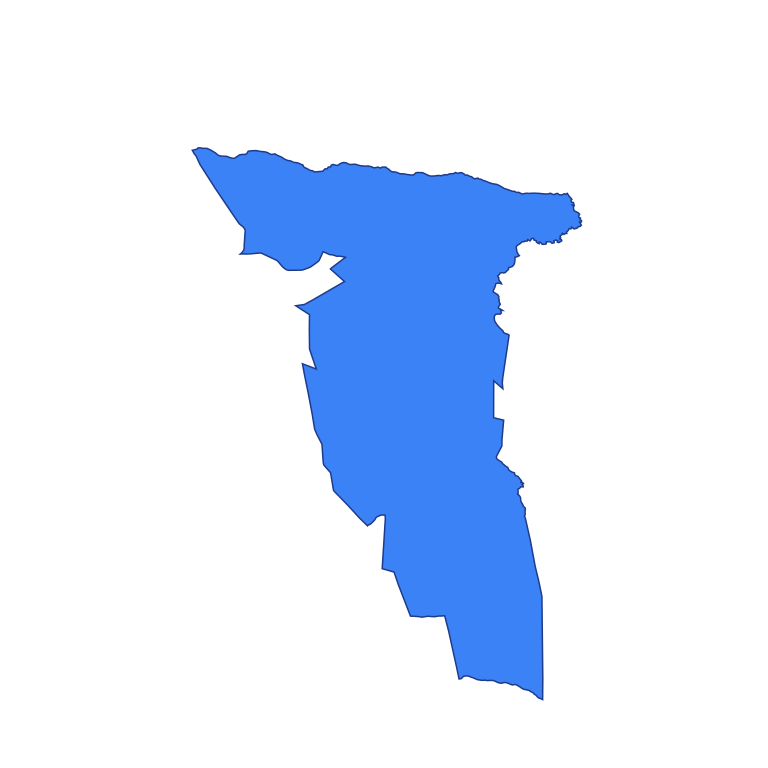 Kiminini, Rift Valley, Kenya (Equal Earth projection), rotated 292°
{"feature_id": "3690345B935775811379", "entity_name": "Kiminini", "entity_type": "district", "adm_level": 2, "iso_a3": "KEN", "parent_name": "Kenya", "parent_adm1": "Rift Valley", "projection": "equal_earth", "projection_center": [35.015, 0.934], "detail": "fine", "context": "isolated", "style": "filled", "palette": "blue", "viewbox_px": 768, "rotation_deg": 292, "n_neighbors": 0, "source": "geoboundaries", "source_scale": "gbopen_adm2", "svg_char_len": 6171}
<svg xmlns="http://www.w3.org/2000/svg" viewBox="0 0 768 768"><g transform="rotate(292 384 384)"><path d="M528.9,118.7L526.4,121.8L524.8,124.6L518.7,131.0L502.4,153.9L486.4,177.6L478.4,189.6L477.6,192.1L477.1,194.0L476.4,195.4L475.1,197.2L474.0,198.0L472.8,198.3L461.5,202.0L459.3,202.7L457.9,203.5L455.8,203.7L454.2,203.5L452.5,203.1L450.7,202.1L454.3,210.8L458.3,218.5L459.4,220.9L458.5,237.6L458.2,239.2L454.7,245.9L453.8,248.5L453.4,250.5L453.6,252.8L458.4,264.3L459.2,265.7L460.5,267.3L464.1,271.2L465.2,272.2L472.6,276.9L474.4,277.6L483.9,278.0L483.6,285.3L484.3,287.2L484.6,289.4L484.7,292.1L486.2,295.8L487.0,300.8L471.9,291.8L470.6,291.2L464.2,309.0L435.2,286.4L427.9,280.4L423.5,272.9L420.8,286.8L420.5,288.9L406.9,294.2L388.6,301.8L372.5,315.6L372.2,300.8L363.1,306.6L346.3,317.7L329.2,328.7L316.1,336.6L312.0,340.8L305.8,348.0L304.6,349.2L290.2,356.2L287.6,357.6L286.5,358.4L285.4,360.4L281.7,367.7L266.4,377.1L265.3,379.3L258.2,395.5L250.5,411.6L246.3,421.9L247.5,422.2L248.4,423.5L249.6,424.2L253.1,425.8L254.8,426.4L256.8,426.6L258.3,427.3L261.4,430.4L262.9,434.1L259.6,435.7L212.1,451.5L213.4,463.8L203.7,472.1L178.7,495.5L179.8,498.5L181.0,502.3L181.6,504.3L182.0,506.5L184.7,511.0L185.7,513.3L186.1,515.1L187.5,518.7L188.4,520.1L189.2,521.3L190.0,523.3L191.8,527.1L179.5,536.2L148.3,557.6L138.6,564.1L139.7,565.9L141.1,566.6L142.7,567.1L144.2,569.6L144.9,572.1L144.8,574.3L145.0,576.8L144.9,579.0L144.9,581.5L145.8,585.4L146.4,587.0L147.2,588.5L147.7,590.8L149.4,594.6L150.0,596.3L150.1,598.2L149.9,599.9L149.9,602.2L150.5,605.0L151.9,606.8L152.8,608.5L153.0,610.8L153.0,615.7L153.9,617.0L154.7,618.7L154.5,620.7L154.0,623.8L153.4,626.1L153.3,628.0L153.8,630.5L154.2,633.4L153.7,635.5L153.7,637.4L152.8,639.2L152.4,641.4L151.4,643.5L150.8,645.1L151.0,646.9L150.8,649.3L170.8,641.4L246.2,610.0L257.5,602.5L272.0,592.2L293.8,578.3L312.7,565.2L314.0,563.7L315.6,563.9L319.2,562.3L320.7,562.1L322.0,561.2L322.8,559.1L324.3,557.7L326.5,554.8L330.0,553.0L331.4,551.1L331.8,549.1L333.2,549.3L335.0,548.3L336.7,547.5L338.0,548.8L339.8,549.3L340.8,551.6L342.1,550.9L342.8,549.4L343.9,550.6L344.7,549.2L344.2,547.7L345.9,547.6L346.6,546.0L347.4,544.7L348.5,542.9L348.4,540.2L349.3,539.0L350.5,538.2L350.3,536.0L350.5,533.9L351.0,532.3L351.8,531.1L353.0,530.0L353.6,526.7L354.2,525.3L354.6,523.6L355.6,522.6L356.6,517.2L357.6,516.0L359.0,515.4L370.7,516.5L376.7,514.2L395.3,508.5L393.8,498.3L401.7,495.1L428.1,484.5L424.1,496.0L429.2,493.3L434.6,491.7L476.1,481.7L476.6,480.0L476.2,478.2L476.5,475.6L478.0,474.1L478.6,472.2L479.7,469.6L481.4,466.3L483.2,463.9L484.3,462.7L485.7,461.9L487.0,461.3L488.5,460.9L490.4,461.5L491.5,463.4L492.3,465.5L493.7,466.2L495.9,464.7L496.6,466.4L497.1,463.6L497.1,461.8L498.4,461.3L501.6,461.9L502.9,460.4L504.1,459.5L505.3,459.3L506.4,458.2L508.0,457.8L509.3,456.2L510.4,450.7L511.8,450.3L513.3,450.5L515.2,450.5L516.5,450.5L517.7,450.2L519.0,450.2L520.2,451.6L520.7,453.4L520.9,455.4L522.0,454.2L523.0,452.2L524.0,451.2L525.5,450.6L526.7,448.9L528.8,449.9L530.3,450.2L531.5,451.6L531.8,453.4L532.8,454.7L535.6,455.9L536.8,456.5L538.5,456.0L540.7,458.7L541.9,459.3L543.4,459.8L545.2,459.7L548.6,458.8L550.5,457.9L552.3,460.2L553.7,461.4L554.4,460.0L555.4,458.9L556.7,457.4L558.1,456.8L559.8,455.5L561.4,455.3L563.0,456.0L564.5,457.2L566.2,458.2L567.8,458.9L568.3,460.5L569.3,461.2L570.2,463.2L571.7,463.1L571.4,465.8L572.8,466.2L574.2,466.4L575.0,468.2L573.6,469.2L574.0,471.4L572.7,472.1L572.3,473.6L572.2,475.2L573.8,474.8L573.9,476.3L572.8,478.2L573.4,480.0L574.7,481.9L576.6,481.2L577.5,483.1L578.2,485.1L577.4,487.1L578.8,488.9L580.5,487.9L582.0,489.6L581.8,491.4L580.6,491.4L580.6,493.1L583.3,495.2L584.4,494.3L584.4,492.5L585.9,492.9L587.0,491.8L589.4,493.2L590.6,493.0L590.1,494.9L591.3,495.5L592.1,497.1L593.2,496.2L594.8,497.1L596.0,497.4L597.4,497.4L597.9,499.2L599.7,499.2L599.0,502.1L600.2,503.9L601.4,505.0L602.7,505.1L603.5,506.8L605.1,507.5L606.3,506.2L607.4,504.6L608.2,506.3L609.4,506.0L610.1,503.8L611.4,504.0L611.5,502.3L612.8,501.5L614.6,501.8L615.5,500.0L615.9,495.3L618.3,493.6L619.8,493.5L620.4,491.6L621.1,493.3L623.2,491.6L622.9,489.9L624.4,488.5L625.6,489.0L626.5,487.4L627.5,485.2L628.4,484.0L629.4,482.4L628.0,481.6L628.0,479.9L625.8,478.0L625.2,475.5L625.7,473.3L624.4,471.7L623.3,470.9L623.1,469.2L623.2,466.8L621.4,464.5L620.2,461.1L619.1,457.2L617.0,451.2L615.0,447.0L614.5,445.3L613.6,443.4L612.1,441.5L612.0,439.5L612.2,437.0L611.4,435.7L611.3,434.1L611.5,432.5L610.7,430.8L610.7,428.1L610.6,425.4L610.3,422.6L611.1,417.5L611.3,415.3L611.3,413.7L610.3,409.5L610.1,405.9L610.1,401.6L609.9,399.3L610.2,397.3L609.6,395.4L610.1,393.9L609.1,392.4L608.0,390.9L609.0,387.5L608.7,385.4L609.0,383.1L608.1,381.4L608.8,379.5L609.0,376.8L608.3,375.1L607.0,373.7L606.8,370.9L605.0,369.6L604.2,367.5L603.0,365.6L601.5,364.2L600.9,362.0L598.5,359.0L597.9,356.8L597.3,355.4L596.2,353.7L594.4,349.8L594.0,347.7L594.4,340.6L592.7,336.0L591.9,334.5L588.9,333.1L588.1,331.3L586.9,327.0L586.4,324.1L585.5,321.5L584.9,320.0L585.0,317.6L584.9,315.8L584.5,314.0L583.7,311.7L584.2,309.5L584.9,308.2L585.0,306.5L585.8,304.5L584.3,300.8L583.0,300.1L582.8,297.0L581.4,295.1L580.5,293.2L580.8,291.7L580.3,288.0L579.5,286.0L578.7,284.6L578.4,282.8L577.7,281.2L577.5,279.4L577.1,277.6L577.2,276.0L576.7,274.2L575.1,271.1L574.6,269.1L574.9,266.2L574.3,263.7L573.2,262.1L572.0,260.9L570.6,260.0L569.1,258.8L568.8,257.3L568.5,254.6L567.2,253.1L565.2,253.1L564.3,251.1L562.1,250.6L561.5,248.8L560.2,248.2L558.4,247.6L554.6,240.2L555.0,237.9L554.5,236.3L554.5,234.4L554.9,232.0L554.9,229.4L555.5,227.8L556.7,226.7L556.6,224.4L556.8,222.0L556.4,219.5L555.7,217.6L555.8,215.5L555.8,213.4L555.2,211.1L555.2,208.8L555.3,207.2L555.7,205.6L556.0,203.8L556.1,198.5L556.6,197.0L554.6,193.5L554.6,191.3L554.9,189.7L554.8,187.7L554.3,185.2L553.6,183.4L552.4,177.6L551.4,175.6L550.5,173.6L549.0,170.9L546.6,170.5L545.1,169.7L544.4,168.2L543.7,166.4L542.3,164.2L537.7,161.1L536.7,159.6L536.2,156.4L536.2,153.1L535.6,151.3L534.6,148.5L534.0,146.3L534.1,144.0L535.1,141.3L535.5,138.7L536.0,135.7L536.1,133.2L536.1,131.4L534.7,127.9L534.1,125.1L533.4,123.2L531.6,122.5L528.9,118.7Z" fill="#3b82f6" stroke="#1e3a8a" stroke-width="1.5"/></g></svg>